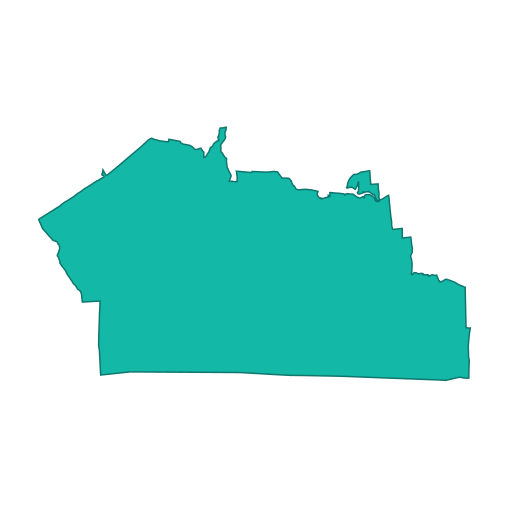 Dragoesti, Vâlcea, Romania, rotated 273°
{"feature_id": "2599482B56632768650185", "entity_name": "Dragoesti", "entity_type": "district", "adm_level": 2, "iso_a3": "ROU", "parent_name": "Romania", "parent_adm1": "Vâlcea", "projection": "natural_earth1", "projection_center": [24.313, 44.81], "detail": "fine", "context": "isolated", "style": "filled", "palette": "teal", "viewbox_px": 512, "rotation_deg": 273, "n_neighbors": 0, "source": "geoboundaries", "source_scale": "gbopen_adm2", "svg_char_len": 6032}
<svg xmlns="http://www.w3.org/2000/svg" viewBox="0 0 512 512"><g transform="rotate(273 256 256)"><path d="M322.5,342.5L321.3,341.5L321.4,341.3L322.2,341.2L322.4,341.1L322.7,340.2L322.7,339.6L323.0,335.2L323.0,332.0L323.3,326.5L323.2,326.4L321.3,326.6L319.6,326.6L319.1,326.5L319.0,326.4L318.9,325.7L319.0,325.4L320.4,325.2L320.5,325.0L318.9,324.9L318.5,324.7L318.4,324.4L318.0,322.3L317.1,320.9L317.1,319.8L316.8,319.0L316.3,318.3L316.4,318.1L317.1,318.0L317.4,317.8L317.4,317.3L317.0,316.7L318.2,315.3L318.8,315.1L318.9,314.7L319.3,314.3L321.0,313.9L321.5,313.9L322.4,314.0L323.6,314.6L323.8,314.5L324.1,313.3L324.1,312.5L324.3,311.7L324.4,310.6L324.9,308.2L324.9,306.1L325.1,304.7L325.2,301.8L325.1,300.8L324.9,298.8L324.4,296.9L324.4,295.5L324.4,294.4L324.9,292.6L325.1,292.3L327.7,290.8L327.9,290.5L328.5,289.5L329.2,288.8L330.5,288.1L331.9,287.7L332.5,287.4L333.1,287.0L334.0,286.2L335.2,284.8L335.4,284.1L335.3,282.3L335.3,281.1L335.1,279.3L335.3,278.3L335.7,277.6L336.5,276.8L340.9,273.3L341.2,272.9L341.3,272.4L341.1,270.5L341.2,270.2L341.5,269.9L340.3,262.7L340.2,247.6L339.1,247.3L339.7,231.9L338.5,232.3L335.7,232.7L332.8,233.2L332.2,233.2L330.2,233.1L329.4,233.2L329.1,231.4L329.1,229.8L329.4,228.1L329.3,226.9L329.1,225.5L330.0,225.6L333.6,226.7L334.4,226.9L335.1,226.9L336.7,226.1L339.6,224.3L340.9,223.8L342.4,222.9L343.3,222.5L349.3,221.5L351.6,221.5L352.1,221.3L352.5,220.1L352.7,219.9L353.6,219.4L354.9,218.2L356.8,217.3L358.1,215.8L359.2,215.2L359.6,215.2L360.3,215.4L360.9,215.5L362.0,215.2L362.9,215.2L364.4,215.0L365.3,215.1L366.3,215.5L368.4,217.1L371.4,219.0L373.3,219.5L373.7,219.4L375.1,218.7L376.3,218.7L377.4,218.5L378.1,218.5L378.9,219.0L380.2,219.4L381.1,219.5L383.0,219.5L382.9,218.6L382.2,216.3L382.0,214.6L382.0,213.6L380.7,213.3L379.6,212.8L378.7,212.7L376.9,213.1L376.2,212.7L375.6,212.6L374.9,212.6L374.3,212.3L373.7,212.6L373.5,212.4L373.5,212.2L373.3,212.0L372.3,211.7L370.6,212.6L370.3,212.9L370.1,212.8L370.1,212.5L369.9,212.3L369.2,212.6L368.9,212.4L368.8,211.4L368.6,210.8L366.9,208.9L365.3,207.5L364.0,207.2L363.3,206.9L362.6,206.1L362.0,204.8L357.2,203.4L355.5,202.2L353.9,201.5L352.3,200.3L351.7,198.7L356.9,198.5L358.1,197.2L360.8,195.3L360.3,193.8L359.3,191.3L359.2,189.7L359.8,188.6L361.0,187.5L362.0,186.2L363.0,184.1L363.7,179.7L363.9,177.4L365.2,174.9L366.5,174.1L368.0,162.9L365.3,162.6L366.0,153.2L366.6,151.2L366.9,149.4L367.0,148.7L367.7,147.1L368.1,145.6L368.1,145.3L367.5,144.3L366.3,142.5L365.7,141.9L363.3,139.6L362.0,138.2L360.0,136.5L349.6,125.4L337.2,112.3L333.6,108.3L328.5,102.5L328.6,102.3L330.4,100.9L333.9,98.7L332.4,98.6L331.7,98.7L331.1,98.6L331.1,98.4L330.1,97.9L329.2,97.9L328.9,97.9L328.7,98.2L328.6,99.0L328.3,99.7L327.7,100.0L327.0,100.1L324.8,96.6L323.2,94.4L322.5,92.8L322.0,92.3L318.3,87.2L315.7,83.5L314.6,81.7L311.4,77.9L308.8,74.3L306.0,71.1L301.9,65.5L299.9,62.4L297.7,59.6L295.8,57.7L281.6,37.5L281.2,37.4L280.8,37.1L277.2,39.0L272.2,41.4L267.3,46.3L265.8,47.6L264.0,49.6L261.4,52.0L261.0,52.6L259.7,56.8L257.5,57.7L257.2,58.5L255.4,59.2L253.3,59.6L248.8,58.5L247.4,57.8L246.6,57.6L245.9,57.6L245.2,57.9L244.5,58.8L243.7,59.2L242.6,59.3L242.0,59.7L240.4,60.6L238.7,60.5L235.5,62.9L232.8,65.4L230.1,67.4L229.1,67.5L226.1,69.8L221.1,73.6L218.7,75.2L217.9,76.4L216.9,77.4L213.3,79.9L212.8,81.0L211.9,82.2L210.7,83.0L208.3,83.8L202.9,84.6L200.9,85.1L202.7,101.0L202.7,102.6L197.6,102.8L189.8,102.7L184.2,102.9L166.4,103.2L158.8,103.5L153.2,104.6L129.0,107.1L133.7,136.4L138.8,246.0L138.6,279.8L138.6,296.6L139.2,311.2L140.3,344.8L140.5,356.0L141.8,447.3L141.7,451.8L145.7,465.7L145.0,470.2L145.2,474.9L153.4,474.6L162.9,474.4L164.9,474.0L166.4,473.5L168.8,473.4L174.5,472.9L178.0,472.7L181.9,472.8L190.1,473.2L195.3,473.8L195.1,472.7L195.3,471.4L195.3,469.5L235.7,466.5L238.2,459.4L238.4,459.2L238.9,458.1L240.1,456.2L242.0,450.3L242.7,447.7L242.6,446.8L242.3,445.9L242.1,445.6L241.0,444.5L240.7,443.6L240.0,442.2L239.9,441.7L239.9,441.3L240.1,440.8L240.1,440.4L240.5,440.2L240.7,440.5L240.8,440.5L241.3,439.7L241.5,439.5L243.5,438.8L244.7,438.1L246.4,437.4L246.1,436.3L246.0,435.6L246.5,432.8L245.7,431.3L245.2,430.1L245.0,429.2L245.3,429.0L246.0,429.1L246.3,428.7L246.0,423.7L246.3,423.6L247.0,423.8L247.2,423.5L247.3,421.6L246.8,419.6L246.8,419.0L246.8,418.6L247.6,417.0L247.6,415.6L247.7,414.7L246.7,414.1L245.8,413.2L245.5,412.6L245.6,412.3L246.0,412.2L248.4,412.4L256.6,412.3L261.0,411.4L264.0,410.3L267.1,411.5L267.6,411.8L270.8,411.6L271.6,411.8L274.8,411.0L283.0,409.6L281.6,401.2L291.2,400.6L289.7,391.2L292.0,390.3L294.3,389.8L297.0,389.7L302.9,388.5L310.0,387.4L313.0,387.0L315.6,386.5L320.9,385.8L323.5,385.2L322.9,383.9L319.6,379.4L318.2,376.4L321.4,375.6L325.1,375.6L328.2,374.9L330.7,374.5L334.4,374.2L333.5,366.9L339.4,366.0L344.0,365.5L347.1,365.1L345.1,355.9L344.9,355.7L344.6,355.2L343.9,354.6L343.6,353.7L342.9,352.7L342.6,349.7L342.4,349.3L341.4,348.1L340.4,347.6L339.5,346.5L338.0,345.5L336.9,345.0L334.3,344.0L333.0,343.7L330.5,343.5L329.9,343.4L328.9,342.9L328.7,343.0L328.6,343.5L329.2,344.9L329.7,348.0L329.2,349.2L327.9,351.3L327.8,351.7L331.2,353.3L333.3,353.9L334.6,354.1L335.7,354.7L333.2,354.7L328.9,355.0L326.4,354.9L325.8,354.7L324.8,354.0L324.5,354.0L324.3,354.0L323.7,354.5L323.3,355.1L323.2,355.8L323.6,356.6L323.7,357.2L324.5,359.1L324.8,359.4L325.5,359.5L325.8,359.8L325.7,360.0L325.1,360.0L325.0,360.4L326.0,363.1L325.9,364.7L326.0,364.9L326.4,365.1L326.0,365.6L325.7,366.2L325.3,366.6L324.9,367.5L323.3,369.7L323.3,370.0L323.6,370.7L323.6,370.9L323.3,371.1L322.7,371.2L322.2,371.6L318.2,373.4L317.9,373.7L317.4,375.8L317.3,376.0L316.9,376.0L316.7,373.8L316.8,373.5L317.4,372.4L317.5,372.3L319.4,371.6L320.0,371.2L320.6,370.8L321.6,369.4L322.6,367.6L323.0,366.5L323.2,365.9L323.2,365.0L323.1,363.5L323.0,362.8L322.6,361.8L322.2,361.5L320.2,361.3L319.8,361.0L319.9,360.8L320.7,360.4L320.9,360.1L320.9,359.8L320.3,358.6L319.7,357.8L319.4,357.3L319.3,356.5L319.9,354.5L320.6,353.0L322.4,350.4L322.9,349.3L322.8,347.0L323.0,344.3L323.0,343.3L322.5,342.5Z" fill="#14b8a6" stroke="#0f766e" stroke-width="1.5"/></g></svg>